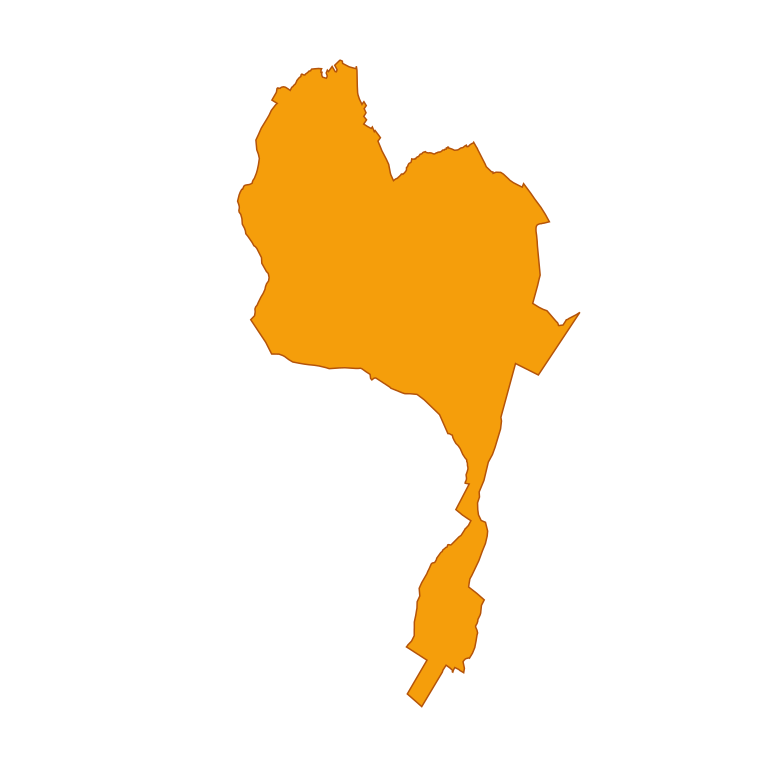 Huitziltepec, Puebla, Mexico, rotated 191°
{"feature_id": "50627088B75605731970498", "entity_name": "Huitziltepec", "entity_type": "district", "adm_level": 2, "iso_a3": "MEX", "parent_name": "Mexico", "parent_adm1": "Puebla", "projection": "equal_earth", "projection_center": [-97.866, 18.784], "detail": "fine", "context": "isolated", "style": "filled", "palette": "amber", "viewbox_px": 768, "rotation_deg": 191, "n_neighbors": 0, "source": "geoboundaries", "source_scale": "gbopen_adm2", "svg_char_len": 6157}
<svg xmlns="http://www.w3.org/2000/svg" viewBox="0 0 768 768"><g transform="rotate(191 384 384)"><path d="M471.8,690.7L471.7,689.6L471.9,688.2L478.7,688.7L485.8,690.8L486.5,693.0L488.6,693.5L489.2,693.3L493.2,687.5L490.0,683.5L490.3,681.4L491.5,681.3L495.5,685.8L498.1,680.1L499.5,681.3L500.1,678.3L498.5,675.6L498.5,674.8L499.0,673.1L502.8,673.5L504.0,675.1L504.4,677.1L504.3,678.1L505.3,677.9L505.7,680.1L505.4,681.6L508.6,681.2L512.5,680.1L515.1,679.3L515.4,678.8L515.8,677.5L517.4,676.8L517.5,676.4L518.8,674.7L519.8,673.7L520.3,673.1L520.5,672.4L521.0,672.2L521.5,672.1L522.0,672.1L523.3,672.5L523.8,672.5L524.1,672.3L524.3,671.9L524.4,671.2L524.3,669.9L525.0,669.3L525.6,668.6L526.0,668.0L527.0,666.1L527.4,665.4L527.7,663.7L527.9,662.8L528.2,662.2L528.4,661.3L528.8,660.9L529.4,660.2L530.4,658.3L530.9,658.0L531.3,657.2L532.1,654.3L534.5,655.4L537.3,656.5L538.9,656.6L539.6,656.5L541.0,655.9L541.6,655.5L542.0,655.0L542.4,654.4L543.6,654.4L544.0,654.0L544.7,654.4L545.4,653.7L545.3,649.8L548.2,641.3L542.4,639.1L543.8,637.1L546.8,631.1L548.1,625.9L549.8,621.1L553.3,611.7L554.8,605.0L556.3,599.0L553.6,589.7L551.2,585.7L549.4,581.6L549.1,575.1L549.2,570.0L549.5,566.5L550.5,561.2L551.4,559.1L551.7,557.7L551.7,556.6L551.8,555.9L552.3,555.6L553.2,554.7L554.6,554.0L556.4,553.4L558.3,552.6L559.3,551.5L560.0,548.2L560.6,548.1L560.9,547.6L561.8,544.8L562.3,541.8L562.6,535.5L561.0,532.8L560.0,530.8L559.6,529.1L559.6,526.8L559.0,525.1L557.0,523.2L555.0,519.2L553.6,513.9L550.7,510.3L549.3,507.9L548.3,505.1L545.8,503.0L541.5,498.8L540.4,497.7L538.1,494.9L536.5,494.3L534.7,492.8L528.4,484.7L527.0,479.2L520.9,472.0L518.7,470.4L517.1,466.6L517.0,463.1L518.4,460.0L518.9,457.0L518.9,454.2L519.9,449.9L521.4,445.8L522.9,440.3L523.6,437.2L524.7,435.1L525.0,433.0L524.2,430.1L524.1,426.3L527.1,421.7L508.0,402.3L500.0,392.0L492.8,393.3L489.0,392.7L486.7,392.0L482.2,389.8L477.8,388.2L471.4,388.2L466.2,388.3L461.3,388.6L456.0,389.1L451.2,389.3L444.1,389.0L440.7,388.6L431.1,391.2L425.5,392.5L414.6,393.9L412.1,394.4L410.1,395.0L408.5,394.7L404.2,392.7L399.5,390.8L398.2,386.9L396.7,385.7L395.0,387.7L394.0,388.2L393.2,388.3L392.0,387.9L377.8,382.1L376.3,381.1L364.3,378.8L362.1,378.5L360.9,378.6L356.7,379.4L349.6,380.1L341.6,376.2L323.6,364.5L311.8,347.5L310.2,347.7L308.6,347.1L307.2,346.8L306.1,344.4L304.2,341.8L302.0,339.3L299.5,337.7L296.9,335.2L293.3,330.0L290.4,327.0L288.4,325.4L288.0,323.8L287.1,322.4L286.4,319.5L285.9,318.7L285.4,316.7L285.6,314.0L286.1,310.5L285.1,307.5L284.9,306.3L285.0,304.8L285.3,304.0L285.5,302.9L285.4,302.1L281.3,302.1L289.5,274.4L281.9,270.3L276.1,267.8L272.6,266.4L274.0,261.7L274.0,261.3L274.9,260.1L275.7,258.6L276.1,258.1L276.5,257.7L276.8,257.2L276.9,256.5L279.2,250.7L279.5,250.0L281.2,248.3L287.4,239.0L287.8,238.7L288.8,238.7L290.1,238.6L290.6,238.4L290.8,237.9L290.9,236.5L291.2,235.8L292.1,235.4L292.9,234.3L294.7,232.1L294.8,231.4L294.8,230.8L296.1,229.4L299.0,223.1L299.1,221.4L300.0,218.8L300.8,218.1L301.8,217.8L302.7,217.2L303.3,216.3L304.4,211.4L305.3,208.2L305.7,206.0L309.1,196.1L310.4,190.5L310.5,190.2L308.4,182.7L309.9,176.6L308.8,169.8L308.9,169.4L308.7,163.0L308.8,156.1L307.6,149.9L307.6,149.6L306.3,142.7L307.9,136.9L310.8,132.4L310.8,132.1L311.8,130.2L289.1,121.1L302.0,84.2L285.4,74.5L271.8,112.2L271.5,114.5L269.4,119.8L265.2,117.9L262.1,116.0L262.0,114.5L261.5,114.3L261.2,116.6L260.4,119.2L257.0,118.3L255.8,117.9L254.9,117.3L250.7,115.8L250.8,120.2L253.4,126.4L252.8,127.9L251.6,129.7L250.8,130.2L248.3,131.4L247.8,131.2L245.8,136.6L244.6,142.6L244.6,149.2L244.8,155.4L244.6,157.5L244.8,157.9L245.7,160.0L247.6,162.8L247.9,164.0L247.0,166.6L246.7,168.9L246.9,170.7L245.6,175.6L245.4,177.5L246.1,185.3L244.4,191.2L252.6,196.0L262.2,200.9L262.4,204.5L262.5,209.1L261.3,212.8L257.2,228.6L255.6,238.7L254.0,246.8L253.7,254.5L254.2,259.4L258.0,267.6L262.6,268.6L266.3,273.6L268.0,278.6L269.5,285.2L268.7,291.3L270.0,296.2L267.5,308.4L266.7,327.2L264.1,335.5L262.9,343.1L261.0,362.1L261.6,370.1L262.9,373.6L258.8,429.2L234.2,422.3L205.4,491.7L208.4,488.8L215.1,483.5L216.1,482.4L217.3,481.8L217.7,480.6L219.5,476.1L220.4,475.7L221.3,475.5L223.4,474.7L223.9,474.8L224.1,475.4L225.2,477.1L227.2,478.5L238.0,487.0L241.9,487.6L246.6,488.9L253.4,491.5L252.0,510.1L251.8,515.8L251.5,520.7L252.3,523.5L259.8,549.0L260.9,553.4L262.6,559.1L263.9,562.9L264.4,565.2L264.6,566.9L264.4,568.4L264.1,569.1L263.5,569.8L262.6,570.4L261.5,571.1L260.4,571.3L259.2,571.9L257.5,572.5L252.6,574.8L258.0,581.3L263.6,587.3L271.3,594.3L276.4,599.3L285.2,607.3L285.9,603.6L289.9,604.7L295.4,606.3L299.5,608.1L300.7,609.0L306.8,612.8L309.8,614.0L314.4,613.3L317.1,611.6L317.5,612.9L319.1,612.9L325.1,616.8L326.7,619.2L336.8,632.1L337.4,633.1L338.5,634.2L342.1,638.4L342.5,637.4L343.6,636.8L345.2,635.3L346.4,633.4L346.9,633.4L347.0,633.0L348.0,632.8L348.5,633.3L348.8,634.1L349.8,633.3L350.7,632.3L351.5,631.3L352.2,630.9L353.5,630.4L354.4,629.6L355.1,628.8L356.4,627.8L359.3,626.9L362.1,627.6L364.2,627.9L365.4,627.9L365.9,628.8L366.5,628.8L366.6,628.0L367.8,627.7L367.7,626.5L369.1,626.0L369.4,625.2L370.3,625.1L371.2,624.7L371.6,623.9L372.1,623.4L372.7,622.7L373.5,622.5L373.9,622.1L375.1,622.0L375.7,621.3L376.1,621.0L376.8,620.9L377.7,619.9L378.7,619.3L380.2,619.5L381.5,619.8L382.5,619.7L383.0,619.8L384.4,619.3L386.6,619.3L387.8,620.0L388.3,619.7L388.6,619.3L389.5,619.1L390.1,618.5L390.9,617.1L392.3,616.5L393.2,614.5L393.7,613.7L394.3,613.5L395.4,612.5L395.9,611.1L396.5,611.2L396.9,610.6L397.6,610.5L398.8,610.2L399.7,610.3L399.7,607.1L400.2,606.4L401.6,605.2L402.1,603.9L402.4,601.8L403.2,600.9L402.8,598.1L403.5,596.5L404.2,595.2L405.5,593.5L406.4,593.7L407.2,593.1L407.4,592.4L408.7,590.5L409.6,589.4L409.8,588.9L410.3,588.3L410.9,588.1L412.0,587.2L413.5,585.4L417.3,590.8L418.2,592.7L421.3,600.5L424.6,605.1L430.6,612.6L432.0,614.8L436.3,621.3L436.1,621.6L434.5,625.1L437.6,628.0L441.1,631.1L441.7,629.9L444.5,634.1L444.7,633.7L445.3,632.4L449.3,633.6L453.5,635.3L451.5,640.0L454.9,642.8L453.4,646.8L456.0,650.5L454.5,653.9L457.6,657.3L458.9,654.7L459.0,654.3L462.4,658.8L464.7,662.9L465.5,665.0L467.0,671.1L470.3,686.4L470.7,687.7L471.8,690.7Z" fill="#f59e0b" stroke="#b45309" stroke-width="1.5"/></g></svg>